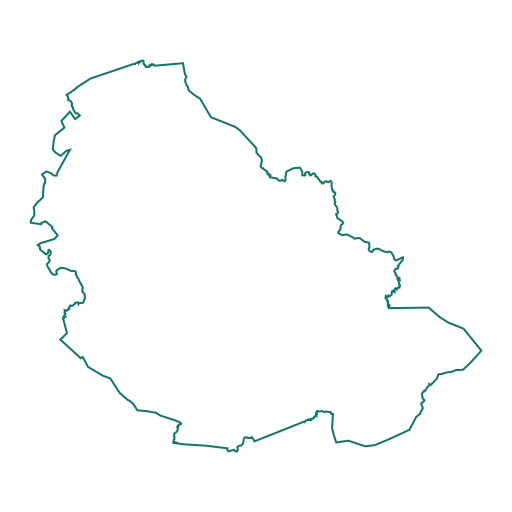 outline of Zosēnu pag., Jaunpiebalgas, Latvia
{"feature_id": "27541924B99380513765752", "entity_name": "Zosēnu pag.", "entity_type": "district", "adm_level": 2, "iso_a3": "LVA", "parent_name": "Latvia", "parent_adm1": "Jaunpiebalgas", "projection": "albers", "projection_center": [25.837, 57.169], "detail": "fine", "context": "isolated", "style": "outline", "palette": "teal", "viewbox_px": 512, "rotation_deg": 0, "n_neighbors": 0, "source": "geoboundaries", "source_scale": "gbopen_adm2", "svg_char_len": 5931}
<svg xmlns="http://www.w3.org/2000/svg" viewBox="0 0 512 512"><path d="M137.4,410.3L147.0,411.2L156.1,412.8L160.2,415.5L175.7,420.5L180.9,423.0L180.8,424.2L179.3,424.6L178.2,425.4L178.5,426.3L177.4,426.5L177.2,427.0L177.8,427.5L177.9,428.7L177.4,429.5L177.5,430.7L175.8,432.6L174.3,433.5L174.4,434.6L173.8,436.0L174.3,436.3L174.5,438.8L173.8,440.0L173.3,442.2L174.9,442.2L174.4,443.0L177.3,442.9L177.4,443.5L184.0,444.3L205.3,445.6L227.4,448.3L227.0,449.1L228.3,451.3L234.3,449.8L235.7,451.4L236.8,451.6L237.5,450.8L237.7,449.8L237.8,448.8L237.3,447.3L238.7,446.0L241.3,445.4L242.9,443.7L243.9,438.7L245.0,437.3L247.0,437.3L247.9,438.0L250.6,438.0L251.7,437.1L254.0,440.1L254.3,441.3L258.1,439.9L303.6,421.8L304.6,422.2L305.7,420.4L306.8,420.5L308.1,419.6L308.6,419.8L308.9,419.3L309.4,419.4L309.3,420.1L310.9,420.1L311.2,419.7L310.9,419.5L311.0,418.9L312.7,418.8L313.9,417.3L314.4,417.6L315.7,415.2L316.3,415.7L316.2,414.8L316.7,414.5L316.5,414.3L316.7,413.7L316.1,413.6L316.0,413.0L316.8,412.4L316.7,411.4L317.7,410.9L318.5,411.4L322.5,411.2L324.1,412.1L326.6,411.4L328.6,412.0L330.1,411.8L331.0,412.6L331.4,414.0L332.9,414.0L332.1,428.1L333.1,432.6L336.2,442.4L348.3,440.7L365.3,446.3L374.9,445.1L389.3,439.1L409.4,429.8L416.3,416.8L420.2,413.8L420.1,412.9L422.9,408.2L421.4,404.5L421.4,403.0L423.2,402.0L424.2,400.9L424.4,400.2L422.5,398.2L422.6,397.0L422.1,395.9L422.0,393.4L424.1,390.9L424.7,391.3L427.9,386.4L429.4,385.3L429.3,384.0L430.8,384.9L437.0,378.5L438.3,374.4L442.5,373.8L446.2,372.5L451.6,371.8L456.1,370.0L462.9,369.8L470.1,363.1L481.3,350.6L463.6,328.7L448.3,322.6L439.4,316.9L428.7,307.6L388.9,308.1L388.9,307.1L389.2,306.4L388.3,306.8L387.8,306.2L387.9,304.6L388.6,304.4L387.7,302.8L388.1,301.6L387.4,301.0L387.6,300.6L387.1,300.2L387.1,299.4L385.7,298.5L386.0,298.0L385.6,297.4L385.8,295.8L387.8,296.9L388.4,296.6L388.5,295.5L389.7,296.2L391.6,294.8L391.7,292.1L392.1,291.2L393.0,291.0L393.9,292.1L394.6,292.3L394.8,291.7L394.1,290.1L395.1,289.2L395.4,288.3L395.9,288.4L396.3,289.4L396.8,289.6L397.6,288.0L398.7,287.7L398.9,287.0L399.5,287.3L399.6,286.4L400.0,286.0L400.0,285.4L399.2,284.4L398.5,280.9L398.0,280.1L399.8,280.3L399.4,277.8L397.5,278.0L397.1,276.4L395.9,275.2L395.9,274.1L394.2,271.4L395.5,268.8L397.5,268.9L397.9,267.2L398.5,266.8L397.9,265.7L399.1,264.8L399.4,263.9L402.6,260.1L403.1,257.8L402.9,257.3L396.8,260.2L395.3,260.3L394.0,258.4L393.2,255.3L391.1,252.3L389.1,251.5L387.5,252.2L384.3,251.6L378.2,248.7L377.0,248.6L373.7,249.7L372.9,250.4L372.5,251.7L370.7,251.8L368.7,250.0L368.8,248.2L369.5,247.3L369.1,243.3L368.7,242.5L364.6,241.9L360.4,238.5L358.8,237.9L354.7,238.7L353.1,237.5L346.8,234.4L342.5,235.2L338.3,233.2L338.2,232.1L340.3,229.4L340.7,226.0L341.2,224.9L342.6,223.9L343.2,222.5L342.0,221.1L337.3,218.0L336.7,215.5L336.2,214.8L336.1,214.1L337.6,213.3L338.1,212.3L337.3,210.6L337.4,209.4L337.1,207.6L334.7,204.0L334.8,202.9L335.3,202.3L335.2,201.7L334.7,201.0L334.8,199.3L333.6,196.5L335.2,194.6L335.4,193.2L334.7,192.3L333.6,191.9L333.4,191.2L333.1,191.5L332.5,190.5L331.5,186.5L331.8,182.6L330.5,180.8L328.3,182.2L326.0,181.3L325.0,181.4L323.2,183.4L322.4,183.6L321.5,182.8L321.5,181.9L320.5,181.7L317.0,176.7L315.4,176.4L315.5,174.8L315.1,174.0L314.1,173.5L312.8,173.5L311.0,175.3L310.2,175.4L309.2,174.2L309.2,172.7L308.8,172.2L306.6,172.2L305.4,172.9L305.0,173.9L305.3,175.2L304.7,175.6L302.2,175.3L302.2,174.7L302.4,174.4L302.2,171.7L300.5,168.4L299.6,167.7L293.6,168.2L286.6,171.5L286.0,173.4L286.1,174.6L285.4,176.4L285.6,180.0L285.0,181.2L284.4,181.3L282.2,179.8L280.1,180.8L278.8,180.6L276.8,178.4L269.9,177.3L269.7,176.8L270.2,176.5L270.4,174.9L268.3,174.6L268.5,173.7L267.4,173.5L267.7,172.8L267.1,171.9L266.5,171.6L266.7,171.1L263.2,168.8L263.1,168.3L262.0,168.1L260.6,166.4L262.0,160.2L260.7,156.8L259.3,155.9L256.5,152.8L256.4,149.2L255.9,147.7L240.1,130.5L235.2,126.9L210.9,117.2L200.1,98.7L194.5,95.1L188.6,90.4L187.8,86.7L187.0,86.1L185.1,81.3L185.5,78.3L186.6,76.7L185.4,75.2L184.7,73.1L183.0,63.2L154.8,65.7L154.1,65.4L153.8,64.5L151.7,64.1L151.5,64.5L151.9,65.1L151.5,65.4L150.1,65.0L149.9,65.1L150.1,65.6L149.2,66.1L149.3,66.8L149.0,67.0L147.5,66.6L146.4,67.2L146.0,67.1L145.9,66.2L145.0,65.6L144.9,64.8L143.8,64.3L143.8,63.3L143.4,62.4L143.4,60.7L142.5,60.4L141.0,61.2L139.9,61.2L139.9,62.0L139.2,62.2L138.8,63.0L138.5,62.0L138.0,61.9L137.3,62.7L135.6,63.3L135.0,64.2L133.4,64.0L90.6,78.5L77.1,87.1L76.0,88.5L66.6,95.0L67.5,96.1L68.6,99.0L68.1,99.9L70.6,101.1L71.8,102.8L72.1,104.6L71.6,105.0L72.2,106.9L73.1,107.5L72.8,108.8L75.7,113.3L77.6,113.4L79.8,115.6L75.2,119.1L69.9,111.7L61.4,120.9L64.4,127.7L54.8,135.3L54.5,138.0L53.9,139.7L52.8,149.4L55.4,152.5L60.7,155.8L66.3,150.9L69.9,149.8L57.4,172.5L56.6,175.6L53.8,175.5L50.6,173.0L46.6,171.5L42.0,174.4L45.3,179.1L44.9,183.5L43.8,184.2L43.0,195.1L43.2,197.1L36.7,203.2L33.7,207.3L34.4,212.3L34.2,215.5L31.1,219.8L30.7,222.7L41.1,224.2L41.2,223.0L45.5,221.3L52.4,227.0L51.9,228.2L57.7,235.4L54.5,238.9L40.4,243.3L37.7,245.1L39.5,246.1L40.0,247.8L39.9,249.1L40.3,249.7L46.0,254.3L46.5,254.4L48.0,253.0L48.5,249.9L48.9,249.8L50.6,251.2L50.8,252.6L50.5,253.9L50.2,254.9L48.8,256.0L48.4,257.9L49.8,260.6L49.2,261.9L47.0,264.0L47.5,266.5L50.1,270.5L50.7,272.2L53.0,274.6L55.4,274.7L56.9,274.1L56.2,271.2L56.9,270.1L60.7,267.8L65.1,268.3L71.3,271.0L75.3,271.2L76.0,272.2L75.8,274.5L76.2,274.8L77.3,277.6L78.4,278.5L78.9,280.3L82.6,286.9L82.6,288.9L82.2,289.9L82.6,292.2L84.7,294.0L84.5,295.5L85.0,298.0L83.0,302.8L79.2,303.0L78.5,304.1L78.1,302.4L75.2,302.7L74.6,303.9L72.8,305.5L71.7,306.0L70.5,305.4L69.7,306.0L69.4,307.4L69.4,308.6L68.7,308.4L68.3,309.7L66.5,310.2L66.3,310.7L64.7,310.2L65.1,311.6L64.4,312.2L65.5,314.0L65.0,314.2L63.9,316.1L65.4,316.8L64.8,317.5L64.1,317.3L63.9,317.8L63.4,317.4L63.0,318.1L67.0,333.1L60.3,339.6L80.6,358.1L82.8,357.0L88.0,366.9L102.9,375.7L110.3,378.4L119.8,393.1L128.2,400.3L129.0,400.3L133.4,404.0L137.4,410.3Z" fill="none" stroke="#0f766e" stroke-width="2"/></svg>